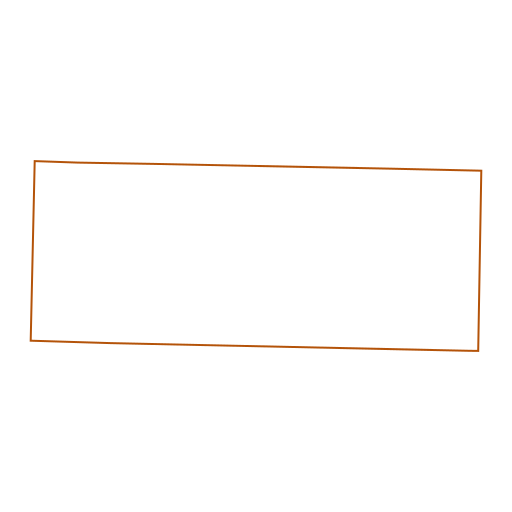 Douglas, Missouri, United States of America
{"feature_id": "52423323B63572960553065", "entity_name": "Douglas", "entity_type": "district", "adm_level": 2, "iso_a3": "USA", "parent_name": "United States of America", "parent_adm1": "Missouri", "projection": "albers", "projection_center": [-92.554, 36.932], "detail": "fine", "context": "isolated", "style": "outline", "palette": "amber", "viewbox_px": 512, "rotation_deg": 0, "n_neighbors": 0, "source": "geoboundaries", "source_scale": "gbopen_adm2", "svg_char_len": 243}
<svg xmlns="http://www.w3.org/2000/svg" viewBox="0 0 512 512"><path d="M34.7,161.1L30.7,340.7L110.2,343.1L469.2,350.8L478.2,350.9L481.3,170.7L392.1,168.7L153.9,163.9L77.8,162.6L34.7,161.1Z" fill="none" stroke="#b45309" stroke-width="2"/></svg>